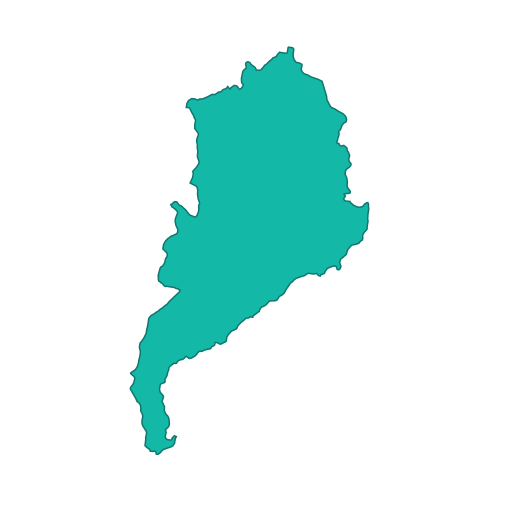 Montes de Oro, Puntarenas, Costa Rica, rotated 189°
{"feature_id": "36466004B99490544719136", "entity_name": "Montes de Oro", "entity_type": "district", "adm_level": 2, "iso_a3": "CRI", "parent_name": "Costa Rica", "parent_adm1": "Puntarenas", "projection": "robinson", "projection_center": [-84.712, 10.146], "detail": "fine", "context": "isolated", "style": "filled", "palette": "teal", "viewbox_px": 512, "rotation_deg": 189, "n_neighbors": 0, "source": "geoboundaries", "source_scale": "gbopen_adm2", "svg_char_len": 6110}
<svg xmlns="http://www.w3.org/2000/svg" viewBox="0 0 512 512"><g transform="rotate(189 256 256)"><path d="M306.4,65.1L308.5,65.7L310.3,63.2L310.6,61.2L311.2,60.8L314.6,60.8L315.8,61.1L316.5,61.8L317.3,63.0L317.4,65.3L317.1,67.7L318.3,70.0L315.6,73.8L315.3,75.4L315.3,76.8L316.8,82.2L318.1,84.1L320.2,85.7L321.0,86.6L322.5,89.5L322.8,92.8L325.5,96.9L326.1,97.4L325.4,101.7L325.5,103.1L329.4,106.6L330.1,108.2L330.5,110.0L330.4,114.0L329.7,114.9L328.4,115.8L326.9,116.4L326.2,117.3L326.1,117.9L326.7,119.1L326.7,119.5L325.2,124.0L324.9,128.4L324.4,129.6L324.5,132.3L323.9,133.3L320.4,137.2L318.4,137.3L317.8,137.6L317.4,138.3L317.3,138.9L315.8,141.0L312.2,142.5L310.7,144.0L310.0,145.4L309.3,146.0L306.0,144.4L305.3,144.4L303.5,145.3L300.5,147.8L299.2,149.5L298.6,151.0L297.3,152.8L294.3,153.5L291.7,155.3L286.3,157.4L285.5,159.6L283.4,160.9L283.0,161.5L282.8,164.2L280.6,164.4L278.6,163.5L277.4,163.3L275.6,164.3L275.3,164.7L272.5,166.6L272.0,167.5L272.2,171.3L270.7,174.6L268.5,177.9L264.0,180.9L263.6,181.5L263.3,183.4L262.6,184.9L259.6,189.1L258.3,190.2L256.4,192.7L255.8,193.1L253.6,193.7L252.9,194.3L252.6,195.0L249.6,195.0L249.4,196.4L244.1,201.9L244.1,203.0L243.2,205.3L242.4,206.5L240.6,207.5L238.3,209.5L236.0,213.2L234.5,214.0L230.1,214.8L228.9,215.4L228.2,216.1L226.6,219.7L224.0,221.7L222.7,223.3L222.0,224.7L221.1,227.5L217.7,234.6L215.9,236.4L214.7,238.3L213.1,240.0L208.7,242.5L204.8,244.3L202.9,246.3L201.7,247.1L196.5,247.2L193.2,248.2L192.1,247.1L191.0,246.4L189.4,246.2L188.8,247.9L186.1,249.2L185.6,249.7L185.4,251.3L183.7,254.7L181.6,256.2L177.7,258.3L176.0,258.4L174.9,257.9L173.7,255.4L172.2,255.3L171.4,255.8L170.7,257.4L170.5,259.1L172.3,262.4L172.2,264.7L171.5,266.7L169.9,268.2L169.0,269.5L167.6,270.9L166.9,272.4L166.8,274.5L166.3,276.7L163.7,281.1L162.4,282.1L160.1,282.8L157.0,284.3L156.2,285.0L155.2,286.9L153.4,288.5L153.3,290.3L153.8,292.4L153.8,294.0L152.8,296.3L150.7,299.4L150.5,300.1L150.8,302.4L150.8,308.0L151.7,310.9L151.7,312.8L151.9,313.6L152.0,320.0L152.9,323.5L152.9,324.6L153.8,326.2L154.5,326.2L157.0,324.2L157.7,322.5L158.6,321.5L161.2,320.3L163.6,320.3L167.4,321.3L170.3,323.1L171.3,323.8L171.8,324.6L176.3,324.3L178.2,325.5L178.0,327.5L177.2,328.6L177.1,329.3L178.5,330.5L178.6,331.1L176.5,331.9L175.3,332.0L173.0,332.9L173.0,334.3L173.6,335.4L174.5,336.0L176.6,338.3L177.1,340.0L177.3,343.3L178.5,347.2L180.6,350.5L180.9,351.6L180.8,354.8L179.8,356.3L178.0,358.0L176.7,359.8L176.5,360.7L176.6,362.1L178.8,364.0L179.6,366.3L179.2,369.8L181.2,373.3L182.4,374.3L182.8,376.1L183.6,377.4L186.6,378.9L187.1,378.9L188.1,378.1L189.6,378.0L191.0,378.8L191.7,380.1L193.6,380.3L193.9,380.5L194.0,381.6L193.6,383.0L193.6,385.5L193.1,387.0L193.1,390.1L193.8,391.4L193.8,392.0L192.3,394.2L191.6,398.0L190.9,399.6L189.8,401.3L188.5,402.1L187.9,403.2L187.9,405.1L188.7,407.0L190.0,408.5L192.2,410.0L198.7,412.4L200.9,413.5L205.0,414.6L206.3,415.9L210.4,421.4L211.3,424.9L218.0,438.8L221.7,440.1L229.8,441.5L232.9,442.8L236.8,443.5L237.8,444.0L239.2,445.2L240.5,447.0L240.4,451.7L240.7,452.5L243.4,453.4L246.1,453.5L247.1,453.9L249.1,456.0L250.5,458.8L250.9,461.5L251.0,466.1L251.8,467.1L252.7,467.4L256.6,467.4L256.9,467.0L256.9,462.1L257.6,461.1L258.3,460.9L264.7,460.9L266.3,458.4L267.3,456.0L270.1,454.5L270.6,453.9L271.3,452.5L272.8,451.1L275.6,447.2L277.3,445.7L278.6,443.1L279.7,441.7L279.8,440.9L280.2,440.5L281.8,440.0L284.7,439.7L286.0,441.7L287.2,442.6L290.7,444.3L292.2,446.0L293.7,446.5L294.7,446.5L295.9,445.6L296.2,445.1L296.2,443.5L295.2,441.1L295.2,439.7L296.8,438.3L297.8,436.4L298.0,434.2L298.2,429.0L297.3,425.0L296.7,424.2L295.5,423.4L295.3,422.5L296.4,419.8L297.5,418.6L297.9,418.3L299.1,418.4L300.0,419.7L301.3,420.8L302.7,421.1L304.0,421.1L304.6,420.8L307.1,418.3L307.5,416.9L307.9,416.8L308.2,416.8L310.4,419.0L311.6,416.8L314.7,415.1L316.3,412.7L318.6,412.1L321.8,409.0L324.6,408.8L329.4,405.2L333.2,402.9L336.3,402.2L337.8,400.9L341.2,401.6L344.2,401.4L347.0,398.9L348.1,395.7L348.1,391.8L345.4,392.0L344.3,391.2L341.3,386.9L339.5,384.8L338.8,383.2L337.1,381.0L336.9,380.4L337.0,376.0L336.5,372.4L332.5,368.4L332.0,367.4L331.9,366.3L332.6,363.3L332.7,360.8L331.2,356.2L331.0,353.9L329.8,350.0L329.6,346.0L329.2,344.3L327.4,341.1L327.0,340.0L327.0,338.6L327.2,337.8L328.7,334.3L331.5,330.1L331.6,329.4L330.8,327.3L330.9,323.6L332.5,317.8L325.5,315.5L324.2,312.9L323.8,311.7L323.4,307.8L322.1,303.5L320.0,299.5L319.9,298.7L320.5,297.3L320.5,296.3L319.8,293.1L319.8,290.7L320.6,286.8L321.7,285.2L322.5,284.9L328.1,286.2L332.5,290.4L337.7,293.8L339.2,294.1L340.3,294.6L342.5,297.0L344.7,297.0L345.9,296.0L346.8,294.5L348.2,293.5L346.8,291.4L345.2,290.8L342.0,288.8L340.8,287.8L340.3,286.7L340.3,285.4L340.6,284.4L341.4,280.3L341.4,278.1L340.0,274.0L337.4,270.0L337.2,269.2L337.2,267.0L337.9,265.5L341.9,262.8L342.3,262.8L345.9,259.3L347.9,256.3L349.1,252.7L349.1,248.4L344.9,245.4L344.0,244.1L343.7,243.3L344.0,240.9L344.9,239.3L345.1,235.4L345.9,233.1L346.8,231.4L348.4,230.1L348.8,228.9L349.6,221.2L349.3,221.1L349.3,220.4L349.0,220.1L349.0,218.1L348.1,216.0L346.5,215.4L345.6,214.6L344.5,214.4L341.9,212.1L340.8,211.7L339.7,212.1L331.8,212.1L329.6,211.4L327.8,211.4L326.3,210.4L325.7,210.4L325.7,209.0L334.8,197.2L334.8,196.4L335.6,195.8L336.1,194.7L338.7,192.1L340.2,190.1L342.1,188.6L344.1,186.1L346.1,184.6L347.8,182.6L348.8,182.1L350.7,180.4L352.1,177.7L352.1,168.9L352.4,167.6L352.4,162.2L354.2,156.7L354.6,155.8L355.1,155.5L355.3,154.2L356.8,152.2L356.9,151.6L356.9,147.5L355.4,143.9L355.1,142.6L355.1,136.5L355.4,135.9L355.4,131.2L355.8,128.6L357.2,125.1L361.5,120.9L361.4,120.2L357.6,117.9L356.6,116.4L356.9,111.8L357.7,109.5L358.7,107.9L359.3,106.3L359.3,104.9L352.4,96.4L350.8,93.8L348.9,92.7L347.4,91.4L346.6,90.1L345.8,86.9L345.8,85.5L345.1,84.2L343.4,81.9L342.7,79.6L342.9,75.6L342.3,72.4L340.9,70.1L337.4,66.2L336.6,64.9L336.3,62.7L336.6,59.6L336.2,57.7L336.0,51.4L333.7,49.7L331.7,48.9L330.7,48.0L329.9,46.7L327.4,46.8L325.2,47.5L324.1,46.7L323.6,44.8L322.7,44.6L321.7,44.9L320.5,45.9L319.3,47.4L318.9,48.5L316.9,50.6L309.7,54.4L308.6,55.3L307.2,58.2L307.1,63.0L306.4,65.1Z" fill="#14b8a6" stroke="#0f766e" stroke-width="1.5"/></g></svg>